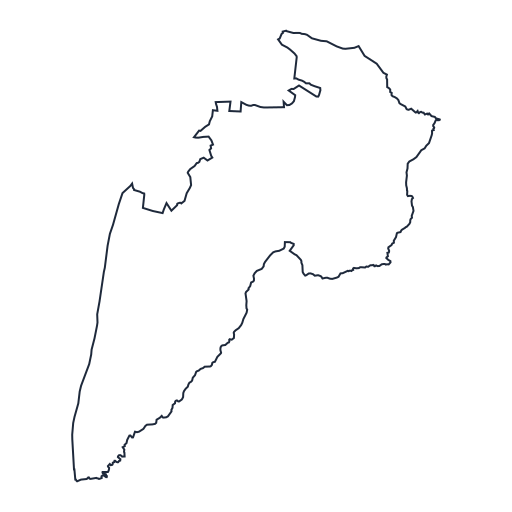 outline of San José, Caldas, Colombia
{"feature_id": "7082276B53371478501914", "entity_name": "San José", "entity_type": "district", "adm_level": 2, "iso_a3": "COL", "parent_name": "Colombia", "parent_adm1": "Caldas", "projection": "albers", "projection_center": [-75.814, 5.065], "detail": "fine", "context": "isolated", "style": "outline", "palette": "slate", "viewbox_px": 512, "rotation_deg": 0, "n_neighbors": 0, "source": "geoboundaries", "source_scale": "gbopen_adm2", "svg_char_len": 6031}
<svg xmlns="http://www.w3.org/2000/svg" viewBox="0 0 512 512"><path d="M388.7,264.4L390.5,262.4L390.4,261.1L388.3,259.9L386.3,258.0L386.5,257.4L387.9,256.3L387.4,252.8L388.8,252.5L389.1,251.5L389.1,250.6L388.2,248.6L388.4,247.3L391.5,245.1L392.2,243.6L393.9,242.7L393.8,240.7L396.0,237.1L396.9,233.2L397.7,232.7L400.5,232.1L401.3,230.4L402.0,229.7L405.1,227.8L405.6,227.2L406.7,226.8L409.4,223.9L410.2,222.3L410.3,220.1L410.7,219.0L412.0,217.7L411.7,215.9L413.5,210.9L412.9,207.1L412.0,205.6L411.5,201.4L411.9,199.1L413.0,198.0L412.2,196.4L411.5,196.0L410.0,195.8L407.9,196.1L407.1,194.8L407.3,191.0L407.0,190.6L406.9,188.2L406.2,185.3L406.1,182.3L406.9,175.6L406.5,172.3L407.5,168.5L407.7,163.7L409.3,161.5L413.4,159.3L416.4,157.1L421.3,150.2L424.6,148.4L426.3,145.7L429.0,143.1L431.7,135.2L432.1,133.4L432.0,130.8L432.3,130.4L433.7,130.1L433.4,128.8L434.1,128.1L434.2,127.4L433.2,126.1L433.2,125.0L434.5,123.2L435.7,120.4L436.4,119.7L437.1,119.8L437.4,120.2L439.0,120.2L439.8,119.7L439.7,119.4L436.0,118.4L434.8,116.9L431.5,116.1L429.9,114.2L429.3,114.2L429.1,113.5L428.5,113.7L428.3,114.4L427.8,114.4L427.1,113.6L424.9,114.5L423.6,112.7L422.5,112.7L421.1,111.8L420.1,112.1L418.9,113.2L418.2,112.7L417.6,111.0L416.4,112.3L415.8,112.6L415.3,112.3L411.2,108.7L408.6,109.8L407.3,109.5L406.6,109.1L405.3,106.5L400.5,104.0L399.4,103.1L398.4,100.1L396.9,98.4L394.6,97.0L392.7,96.3L391.8,95.5L391.5,95.0L391.7,92.9L390.2,92.0L390.2,89.5L389.0,88.2L387.2,87.1L387.1,79.4L386.4,78.2L386.3,76.7L386.9,74.6L383.4,72.8L376.7,63.7L364.6,55.9L358.6,46.1L354.4,47.8L345.4,48.8L342.8,48.6L336.7,46.4L326.7,41.3L321.0,40.8L311.9,38.3L307.0,34.8L304.8,34.1L301.6,33.8L300.3,33.1L299.0,32.9L293.4,33.0L286.8,31.2L286.2,30.7L282.7,31.6L282.9,32.9L281.6,33.9L279.7,38.5L278.1,39.4L281.9,44.7L287.3,47.5L290.1,49.6L294.5,53.5L296.6,56.2L296.7,57.4L294.3,78.5L296.3,78.4L298.5,79.6L301.9,80.6L304.0,81.7L306.0,83.3L309.4,83.3L310.8,84.7L314.6,86.2L320.2,88.0L320.4,90.2L319.0,95.1L318.2,96.6L316.3,96.5L299.0,85.5L293.6,89.0L291.5,88.9L288.7,90.5L295.2,95.2L295.0,97.1L293.9,101.2L292.0,103.4L289.4,105.0L286.9,105.2L283.6,101.7L284.0,107.2L264.1,107.5L260.4,107.0L254.9,105.0L253.2,105.0L251.1,105.8L248.8,105.6L246.3,104.8L241.3,102.1L240.6,111.5L229.3,111.0L230.5,101.6L215.7,102.1L216.0,103.9L217.0,106.9L217.4,110.8L212.9,110.2L212.2,116.4L209.8,121.2L209.0,124.4L205.2,126.8L200.5,130.9L199.1,130.6L194.0,137.2L195.8,137.6L198.3,137.7L203.4,136.9L208.6,136.6L211.4,140.4L213.0,144.6L210.6,145.6L211.1,148.4L209.4,150.0L211.2,155.8L212.3,157.6L207.5,160.5L203.7,157.7L200.3,159.1L199.3,161.9L198.1,162.8L196.7,163.1L194.6,166.0L190.3,169.0L188.2,171.6L187.7,172.8L190.3,177.1L191.1,185.1L189.8,188.0L186.7,193.2L184.5,200.9L181.3,203.4L180.7,202.8L179.6,202.8L177.6,203.5L177.2,203.9L177.1,205.2L171.4,210.7L166.5,203.1L163.8,209.5L162.6,213.1L152.8,211.0L142.9,207.9L144.3,194.7L144.2,193.5L142.5,193.1L139.9,191.7L134.1,190.0L134.1,189.3L133.0,187.9L132.1,183.6L130.4,185.9L122.5,193.1L118.8,204.1L113.0,224.8L109.9,233.8L107.6,245.7L104.8,267.8L103.9,271.7L99.5,301.6L97.2,314.3L97.5,322.5L97.0,325.8L94.5,338.4L91.6,349.6L91.2,354.5L89.2,364.1L81.1,385.7L79.7,391.5L78.3,403.4L74.5,416.9L73.2,423.0L72.2,434.7L72.3,439.4L74.0,469.4L74.4,469.4L75.3,479.5L75.8,479.5L76.6,480.9L77.1,481.3L81.0,479.6L86.7,479.0L88.3,477.4L89.0,477.5L89.5,478.6L90.5,478.9L96.4,477.9L97.0,478.3L97.8,478.3L98.7,478.9L99.4,478.9L101.7,478.0L101.5,476.3L102.6,475.4L103.9,475.6L106.0,477.1L106.7,477.1L106.9,476.1L106.0,475.3L105.9,474.3L102.8,473.2L102.5,472.6L102.6,472.0L107.9,472.0L108.7,470.5L109.1,468.6L109.1,467.8L108.0,466.6L107.9,466.1L109.8,464.0L110.8,465.2L112.3,464.8L112.6,464.3L112.8,462.7L114.1,462.2L114.5,460.8L115.2,460.8L116.3,461.9L117.7,462.3L118.2,462.2L119.1,460.9L120.2,460.6L120.4,459.2L117.9,457.1L118.0,456.4L118.9,455.3L120.1,455.1L121.3,455.7L122.1,456.6L124.6,456.5L124.4,452.6L124.0,451.9L124.3,449.6L122.7,447.2L124.8,446.1L124.6,444.8L126.5,443.1L127.2,439.9L129.4,435.6L130.4,435.5L132.1,437.5L133.0,437.4L135.0,431.7L137.0,432.2L139.0,431.7L143.4,428.9L145.4,425.9L147.0,424.7L152.4,424.4L155.0,423.9L156.2,422.8L156.6,419.7L159.8,417.8L161.7,415.9L162.7,417.4L163.6,417.6L166.2,417.3L167.9,416.4L171.5,411.4L171.4,409.9L172.5,407.8L172.7,405.0L175.0,403.3L175.2,401.5L175.8,400.8L176.9,400.4L178.2,401.4L179.0,401.5L181.7,399.6L182.3,398.7L183.1,397.1L183.3,393.0L184.0,391.1L185.7,388.7L187.8,386.7L188.4,384.5L189.4,382.7L191.0,381.8L192.1,380.6L192.8,377.7L195.0,375.2L196.2,371.8L197.0,371.2L198.7,370.6L200.6,368.9L203.0,368.1L204.7,366.7L210.1,366.5L210.8,366.2L211.9,364.9L212.3,362.9L213.2,362.2L214.9,361.8L217.4,356.8L220.9,353.3L221.1,352.7L220.4,350.1L220.4,348.7L220.6,347.3L221.4,346.0L222.3,345.4L225.3,345.0L227.7,342.8L228.9,342.4L229.4,341.2L229.2,339.8L229.7,339.2L231.7,339.7L233.9,338.0L234.1,334.5L233.7,332.8L234.1,331.8L235.6,330.3L238.7,328.2L241.2,325.0L242.3,322.7L243.4,319.0L246.6,312.7L247.2,309.6L246.5,308.4L246.3,305.2L246.6,301.1L245.5,293.4L246.1,291.9L248.6,289.5L248.5,288.3L250.2,286.1L251.1,282.5L253.2,281.5L253.9,280.6L254.0,278.7L253.4,275.7L254.6,273.3L256.8,270.9L261.7,268.9L263.6,266.4L263.9,264.1L265.0,262.0L270.1,255.4L273.2,252.3L275.5,251.4L279.2,250.8L283.7,248.6L284.7,246.7L284.9,242.1L290.3,242.2L290.9,242.8L293.7,243.9L293.7,245.3L289.7,250.8L294.6,254.3L296.5,255.2L300.8,259.8L301.4,261.1L301.4,262.7L302.4,265.2L302.7,272.0L303.5,273.6L305.2,275.6L306.3,275.2L308.7,273.5L310.5,273.4L313.0,274.2L314.8,275.7L318.1,275.2L320.3,276.0L321.2,276.5L322.5,278.5L325.5,277.8L327.2,277.7L330.0,278.7L332.3,278.9L336.8,277.6L338.5,276.8L340.5,273.4L342.7,273.2L347.8,270.8L348.5,271.2L350.0,270.6L351.5,271.0L352.2,270.1L353.2,269.9L353.1,268.5L353.9,267.9L356.3,268.3L358.9,268.1L360.0,267.3L360.9,267.2L365.1,267.5L366.4,266.5L368.1,266.8L370.3,265.3L372.5,265.2L373.2,264.9L373.8,265.2L374.3,266.2L374.8,266.3L376.1,265.4L377.4,266.1L379.4,266.0L381.7,264.3L383.6,264.0L384.9,264.0L385.8,264.6L386.8,264.3L388.7,264.4Z" fill="none" stroke="#1e293b" stroke-width="2"/></svg>